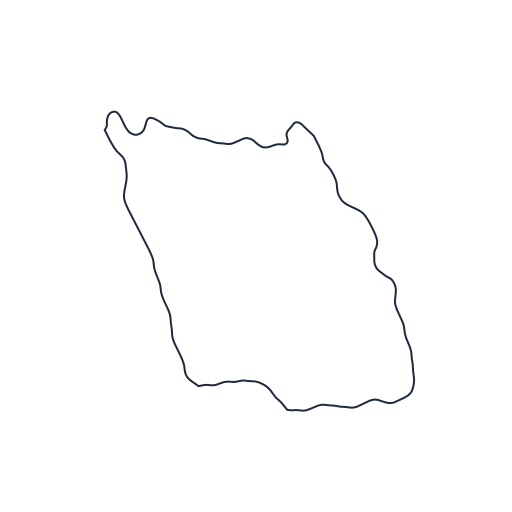 outline of Laguna Salada, Valverde, Dominican Republic, rotated 153°
{"feature_id": "3306468B11652899938830", "entity_name": "Laguna Salada", "entity_type": "district", "adm_level": 2, "iso_a3": "DOM", "parent_name": "Dominican Republic", "parent_adm1": "Valverde", "projection": "equal_earth", "projection_center": [-71.094, 19.659], "detail": "fine", "context": "isolated", "style": "outline", "palette": "slate", "viewbox_px": 512, "rotation_deg": 153, "n_neighbors": 0, "source": "geoboundaries", "source_scale": "gbopen_adm2", "svg_char_len": 3323}
<svg xmlns="http://www.w3.org/2000/svg" viewBox="0 0 512 512"><g transform="rotate(153 256 256)"><path d="M150.0,337.0L153.4,346.3L155.5,352.6L156.7,354.7L157.5,355.6L159.2,356.8L160.2,357.1L162.1,356.9L165.6,355.2L169.6,353.6L171.5,352.7L173.1,351.3L173.7,350.3L174.1,349.3L175.1,345.1L175.5,344.2L176.2,343.3L177.0,342.7L177.9,342.4L179.8,342.4L180.7,342.7L184.3,344.9L186.3,345.8L188.6,346.4L194.5,347.2L196.8,347.8L199.0,348.8L200.0,349.4L201.7,351.2L203.0,353.3L204.1,355.6L205.5,359.3L206.7,361.5L208.3,363.4L210.1,364.9L212.3,365.9L214.6,366.3L224.3,366.8L227.8,367.4L230.0,368.4L234.8,371.6L239.0,374.1L242.0,376.7L246.8,381.7L248.7,383.5L253.7,386.9L255.4,388.6L257.6,391.6L260.2,397.8L262.2,401.0L264.7,403.5L269.7,406.6L276.9,412.3L278.2,414.1L280.4,418.7L282.6,422.2L285.0,425.3L286.9,426.8L287.9,427.2L289.0,427.4L290.1,427.2L291.1,426.7L292.8,425.3L297.2,420.6L299.2,419.0L300.3,418.5L302.6,417.8L304.9,417.7L307.3,418.2L308.4,418.7L309.4,419.4L311.1,421.2L312.5,423.5L313.0,424.8L313.3,426.3L313.7,429.2L313.8,432.2L313.6,441.1L313.8,443.9L314.5,446.4L315.1,447.6L316.0,448.5L317.0,449.1L319.1,449.6L321.3,449.4L323.5,448.5L324.4,447.8L326.8,445.2L328.0,443.2L329.6,440.0L330.3,439.2L331.9,437.9L333.6,437.0L333.7,425.1L333.2,416.9L332.4,412.3L330.7,407.4L329.9,405.0L329.7,403.6L329.7,400.7L329.9,399.3L330.6,396.8L333.9,388.1L335.1,385.5L337.5,381.7L342.9,374.7L345.5,371.0L346.9,368.4L347.4,366.9L348.2,363.7L348.5,360.4L348.7,355.3L348.5,311.8L348.6,306.7L349.0,301.7L349.6,298.5L351.9,292.2L352.6,289.4L353.1,286.2L353.9,278.1L354.3,274.9L355.1,272.0L356.9,267.1L357.6,264.3L358.2,259.5L358.6,248.0L359.2,243.2L360.0,240.4L362.5,234.3L364.3,229.0L366.9,222.9L367.6,220.1L368.1,217.0L368.3,213.8L368.5,200.6L368.9,195.8L369.7,191.2L371.8,185.2L372.3,182.6L372.3,179.8L371.7,177.0L370.1,173.4L366.2,166.1L361.1,164.7L358.9,163.8L354.0,160.8L351.9,159.9L349.6,159.3L342.5,158.3L340.2,157.7L338.0,156.8L333.1,153.9L330.9,153.0L326.4,151.8L324.1,151.0L318.3,147.3L314.1,144.9L312.0,143.2L310.1,141.2L307.5,137.8L306.0,135.3L304.9,132.6L304.1,129.7L303.2,123.9L302.6,121.1L299.9,113.6L298.0,104.8L294.8,102.6L289.4,100.1L284.6,97.0L282.4,96.0L278.6,95.3L268.3,94.5L264.6,93.5L262.6,92.4L258.7,89.8L254.6,87.4L248.9,83.2L244.7,80.8L239.9,77.6L237.7,76.6L235.3,76.0L232.7,75.8L221.1,75.5L218.6,75.2L216.1,74.5L215.0,74.0L212.8,72.5L207.1,66.8L205.1,65.1L203.0,63.9L199.6,62.8L187.7,62.4L183.9,62.7L181.4,63.3L179.0,64.5L176.0,67.2L173.4,70.5L171.2,74.2L170.1,76.9L168.3,82.1L165.6,88.2L163.9,93.5L161.4,99.6L160.7,102.4L160.2,105.3L159.5,114.3L159.0,117.3L158.3,120.0L156.1,126.2L155.5,129.3L155.2,134.2L154.8,144.0L154.1,148.8L153.7,150.3L152.5,153.0L147.2,161.3L146.1,164.0L145.7,165.4L145.5,166.8L145.3,169.6L145.6,172.3L145.9,173.5L146.9,175.6L149.3,178.9L153.0,186.6L153.9,189.1L154.2,192.0L153.9,194.9L153.1,197.4L149.3,205.1L147.9,206.8L145.3,208.8L143.7,210.4L141.7,213.4L141.1,214.7L140.4,217.6L140.0,220.8L139.8,224.0L139.7,230.6L139.9,237.2L140.4,242.0L141.1,245.1L142.4,247.9L144.0,250.5L150.3,258.7L152.7,262.4L153.9,265.2L154.3,266.7L154.7,269.6L154.7,272.6L154.3,275.5L153.5,278.2L151.1,284.3L150.5,287.2L150.2,290.2L150.1,294.7L150.4,299.2L150.9,302.0L152.3,306.7L152.6,309.0L152.3,311.3L150.7,317.3L150.3,320.2L150.0,326.3L150.0,337.0Z" fill="none" stroke="#1e293b" stroke-width="2"/></g></svg>